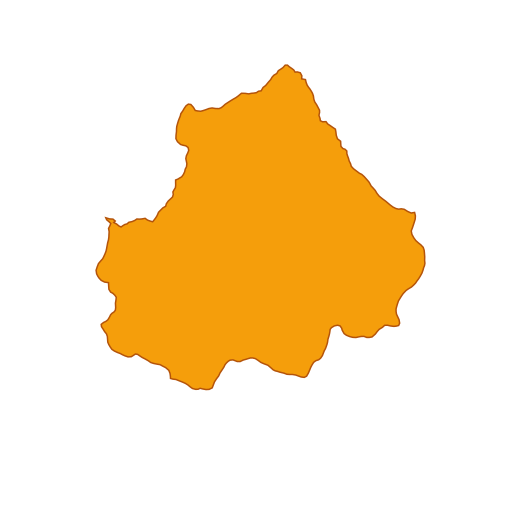 the district of Rio Paranaíba, Minas Gerais, Brazil, rotated 312°
{"feature_id": "56859067B47989676125638", "entity_name": "Rio Paranaíba", "entity_type": "district", "adm_level": 2, "iso_a3": "BRA", "parent_name": "Brazil", "parent_adm1": "Minas Gerais", "projection": "orthographic", "projection_center": [-46.305, -19.247], "detail": "fine", "context": "isolated", "style": "filled", "palette": "amber", "viewbox_px": 512, "rotation_deg": 312, "n_neighbors": 0, "source": "geoboundaries", "source_scale": "gbopen_adm2", "svg_char_len": 4991}
<svg xmlns="http://www.w3.org/2000/svg" viewBox="0 0 512 512"><g transform="rotate(312 256 256)"><path d="M324.7,115.5L323.5,113.5L324.6,110.0L325.0,106.2L323.6,104.1L320.9,103.5L317.6,103.9L314.9,104.5L311.5,104.9L309.3,106.1L307.3,106.8L304.9,107.7L302.1,109.0L299.3,110.4L297.5,111.7L295.3,113.6L292.2,115.8L289.6,118.0L288.4,121.2L288.4,125.3L289.5,127.7L290.9,130.1L291.2,132.9L289.5,135.3L287.0,136.3L283.9,137.2L281.4,138.7L279.7,141.0L278.3,142.9L275.7,144.7L273.2,145.3L270.9,146.6L268.0,147.5L265.1,147.8L263.0,147.1L260.9,146.5L258.7,145.4L256.7,147.2L254.8,149.0L252.8,150.4L250.5,150.8L248.0,151.4L246.3,153.4L243.9,154.5L241.5,154.3L238.1,154.0L234.9,154.4L232.5,155.6L229.5,154.6L226.0,154.4L223.3,154.3L220.1,155.4L217.6,155.9L214.5,156.2L212.3,156.3L211.3,154.3L210.1,151.4L209.8,148.4L207.2,146.4L205.2,144.5L203.8,142.7L201.3,142.1L198.7,140.9L195.9,138.9L193.6,138.7L191.6,137.4L189.6,136.8L187.3,136.3L186.6,134.1L186.5,131.0L185.7,127.9L187.8,128.0L187.7,125.0L185.6,122.4L183.9,118.8L183.0,120.8L183.1,123.6L183.0,126.3L180.6,127.2L177.8,128.0L175.8,130.6L173.4,132.5L171.6,134.0L169.2,135.6L166.6,136.9L164.0,138.5L161.4,140.1L159.3,141.3L156.7,142.3L153.6,143.3L151.3,143.9L148.4,143.9L145.0,144.0L141.8,145.2L138.4,146.7L136.1,149.5L135.2,151.8L134.6,154.0L134.3,157.2L135.3,160.9L137.5,164.2L135.1,166.6L132.8,169.0L131.9,172.1L132.5,174.6L132.4,177.3L131.8,179.8L129.7,181.3L126.9,183.1L125.2,184.8L123.7,186.3L121.5,187.8L119.3,187.9L117.0,187.3L115.0,187.3L112.6,188.0L109.4,188.6L107.0,188.2L104.6,187.2L101.6,186.7L100.1,188.5L99.3,191.5L98.5,194.2L98.1,196.9L96.8,199.3L95.0,201.2L92.8,203.5L91.7,205.8L90.8,208.7L90.2,211.3L90.6,214.3L91.6,217.6L92.7,220.4L93.3,222.9L94.1,225.4L95.4,228.4L97.7,230.7L100.2,231.4L102.5,232.0L103.7,233.9L104.0,236.3L104.4,239.1L105.3,242.5L106.1,246.1L106.4,249.0L107.7,251.9L109.6,255.1L111.1,257.5L111.7,260.2L112.6,263.5L112.7,267.7L111.2,270.7L109.5,272.7L107.8,274.4L108.9,276.6L110.7,279.2L111.9,282.5L113.1,285.7L114.1,288.8L114.6,291.6L114.7,294.5L115.0,297.4L116.5,300.3L118.2,302.1L120.3,303.0L121.4,305.1L123.3,308.2L125.5,310.4L128.7,311.7L131.8,310.5L134.6,309.4L138.3,308.8L141.9,308.5L145.0,307.5L148.6,307.0L151.8,306.5L154.6,305.7L156.9,305.6L159.2,305.8L161.2,306.4L163.4,308.4L164.2,310.5L165.0,312.6L166.9,314.8L170.3,316.2L172.1,317.4L174.3,318.7L176.4,320.0L177.9,321.6L179.3,324.1L179.8,327.0L180.2,330.9L181.2,333.9L182.8,338.0L182.9,342.0L182.9,344.9L183.5,347.1L184.6,349.1L185.6,351.4L187.6,355.1L188.8,358.1L190.5,360.3L192.3,362.3L194.1,365.1L195.2,367.8L196.3,370.5L198.1,373.1L200.5,374.0L203.9,373.3L207.1,372.2L209.9,371.2L212.6,370.5L215.5,370.0L218.2,370.5L220.8,372.0L223.2,372.4L226.4,372.0L229.5,370.8L231.4,370.1L233.6,369.6L235.9,368.7L238.0,367.8L239.9,366.8L242.2,365.2L245.0,363.9L247.3,362.7L249.2,361.5L251.1,360.2L253.2,360.0L256.5,361.0L259.1,362.9L260.3,365.2L259.7,367.9L258.5,369.8L257.3,373.4L257.6,376.2L258.8,379.5L260.2,382.2L262.3,384.8L264.7,386.5L266.6,388.0L268.5,390.0L269.6,392.8L271.2,394.6L273.5,396.4L277.9,396.9L281.1,396.6L283.9,396.6L287.6,397.7L290.6,398.0L292.5,400.0L294.1,402.9L296.0,405.6L297.8,407.2L299.8,408.5L302.2,407.7L304.4,404.9L305.6,402.1L306.8,399.3L308.6,397.1L310.4,395.5L312.5,394.4L315.0,393.2L318.0,391.9L321.7,391.2L324.1,390.8L326.6,390.5L330.9,390.6L333.8,391.3L337.0,392.3L339.9,392.6L342.6,392.7L345.3,392.3L347.9,392.1L350.7,391.6L354.2,390.8L357.4,389.5L359.5,388.4L361.5,387.7L363.6,386.4L365.5,384.3L368.3,381.9L371.0,379.1L372.8,377.1L374.3,374.5L374.6,371.1L374.4,368.0L374.4,364.4L375.1,361.1L376.4,357.4L378.5,354.6L381.6,353.4L384.8,352.0L387.9,350.6L390.0,349.6L392.5,347.6L394.5,344.7L391.8,342.6L390.6,338.9L389.9,334.9L388.3,332.4L386.2,330.6L384.9,328.2L384.0,324.9L383.7,321.5L383.6,318.6L383.5,315.6L383.1,311.6L382.9,307.4L383.5,303.9L384.5,300.7L384.9,297.4L385.1,294.6L386.0,292.2L386.6,290.2L386.9,287.8L387.4,283.3L387.4,279.9L386.7,277.5L386.4,274.0L386.1,270.1L386.4,266.8L387.8,264.6L389.0,261.6L390.4,259.5L391.7,257.0L392.8,255.1L394.8,253.2L394.9,250.7L394.0,248.7L394.3,245.8L395.9,244.1L397.9,242.1L397.6,238.1L399.4,234.9L401.6,232.4L403.4,230.1L403.0,227.5L402.6,224.2L402.1,220.9L402.7,218.1L400.3,215.7L399.6,213.3L401.1,211.5L402.7,208.6L405.2,207.2L406.8,205.7L407.9,202.8L409.0,199.8L409.8,196.6L411.2,194.1L413.4,191.5L414.7,189.1L415.4,187.1L416.2,184.2L416.6,181.9L417.2,179.7L418.6,177.0L420.2,174.7L418.2,171.4L420.6,169.5L421.8,166.3L420.4,163.5L418.8,162.0L419.5,159.6L419.3,157.0L418.9,154.1L418.9,151.7L417.4,150.0L414.1,150.0L411.2,149.3L408.7,148.6L405.5,149.3L402.3,148.3L399.6,148.3L396.7,148.9L393.6,148.9L389.2,149.1L386.0,148.5L382.2,149.3L380.1,147.6L377.6,147.0L375.4,145.2L373.8,143.7L371.6,142.1L369.6,139.1L367.2,136.3L363.0,135.7L360.2,135.1L357.2,134.1L354.2,133.2L351.6,132.5L348.2,131.6L345.1,131.3L342.9,130.9L340.8,129.9L338.5,127.2L336.6,124.3L334.2,122.4L330.9,120.7L328.5,119.3L326.5,118.0L324.7,115.5Z" fill="#f59e0b" stroke="#b45309" stroke-width="1.5"/></g></svg>